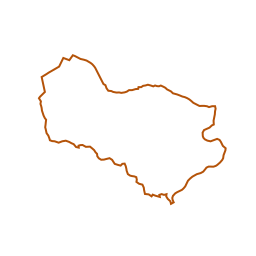 the district of Douradina, Paraná, Brazil, rotated 113°
{"feature_id": "56859067B11671059089734", "entity_name": "Douradina", "entity_type": "district", "adm_level": 2, "iso_a3": "BRA", "parent_name": "Brazil", "parent_adm1": "Paraná", "projection": "mercator", "projection_center": [-53.283, -23.351], "detail": "fine", "context": "isolated", "style": "outline", "palette": "amber", "viewbox_px": 256, "rotation_deg": 113, "n_neighbors": 0, "source": "geoboundaries", "source_scale": "gbopen_adm2", "svg_char_len": 2266}
<svg xmlns="http://www.w3.org/2000/svg" viewBox="0 0 256 256"><g transform="rotate(113 128 128)"><path d="M178.6,56.9L176.8,58.8L175.1,59.9L172.9,60.1L169.7,59.0L167.9,57.7L163.9,54.2L162.0,53.3L159.4,52.5L153.1,52.2L150.3,51.1L147.6,49.7L143.6,46.6L141.1,43.5L138.8,41.7L135.8,40.8L133.8,40.3L132.0,38.7L130.2,34.2L128.6,32.4L127.1,31.4L123.8,29.8L120.7,28.8L118.7,28.6L115.7,29.4L110.5,29.6L108.5,30.2L107.4,33.7L104.4,37.2L103.2,39.1L103.2,41.7L108.0,46.8L108.6,50.0L108.4,52.9L107.5,54.8L106.2,56.0L103.1,57.5L100.2,57.2L95.8,53.1L92.8,51.8L91.3,50.4L87.8,52.1L81.5,53.4L78.6,54.4L76.0,54.9L73.9,56.4L75.0,59.0L77.1,61.6L77.1,63.8L77.8,66.3L78.9,68.9L79.8,70.9L79.3,77.7L78.4,80.3L77.7,82.8L77.4,85.3L77.4,87.9L77.8,90.2L77.8,92.8L77.9,95.8L78.5,100.2L77.5,102.8L77.2,107.2L76.4,109.3L76.2,111.3L76.1,114.4L77.5,115.8L78.1,117.6L78.3,119.7L79.8,121.0L80.0,123.7L80.4,126.6L82.0,128.5L83.3,130.6L85.2,131.8L86.3,134.3L88.0,133.9L89.2,136.2L91.6,139.1L92.8,141.9L95.0,143.3L96.5,145.0L98.3,147.9L98.7,150.0L99.9,152.5L100.6,155.8L100.5,157.8L101.4,160.7L99.8,163.3L97.4,165.5L97.1,167.8L85.5,181.6L84.5,183.2L83.3,185.7L82.7,187.9L82.1,192.5L82.4,195.4L83.0,198.7L82.5,205.0L82.6,207.2L88.5,208.5L88.8,214.9L98.4,215.4L108.1,222.7L110.1,224.0L114.8,227.4L127.3,218.6L133.6,221.2L135.4,221.6L137.5,218.6L140.0,218.0L141.6,216.6L143.2,215.4L145.6,214.0L149.6,210.5L151.4,208.4L152.4,206.6L155.2,205.8L157.1,205.2L159.7,204.5L161.1,203.4L164.6,200.9L166.1,198.4L168.4,196.2L169.8,195.1L169.7,192.7L168.9,190.4L168.6,186.1L165.9,183.3L164.0,180.3L163.8,176.6L164.1,174.1L164.1,171.7L165.8,168.4L165.3,165.7L163.6,166.6L162.4,165.2L161.4,163.2L161.8,159.4L160.0,155.7L160.8,152.9L161.6,150.5L163.0,148.5L163.9,146.4L166.0,145.2L167.3,143.0L167.7,140.3L166.5,137.8L164.8,135.6L163.0,133.2L163.5,130.2L164.8,128.3L166.2,126.2L165.9,122.9L165.5,120.1L163.2,119.2L162.1,117.2L164.1,115.1L166.3,113.5L167.8,112.6L170.5,110.1L171.0,107.4L170.7,105.6L170.1,103.3L170.0,101.2L172.1,99.7L174.3,99.2L175.0,96.0L174.5,92.6L176.7,90.2L178.9,88.9L180.3,87.9L182.1,86.6L181.0,83.0L181.7,79.6L179.7,79.2L179.6,76.3L179.0,71.8L177.3,73.0L175.7,71.2L175.5,68.7L173.9,66.7L176.0,66.1L177.7,63.7L178.9,60.4L181.0,58.8L178.6,56.9Z" fill="none" stroke="#b45309" stroke-width="2"/></g></svg>